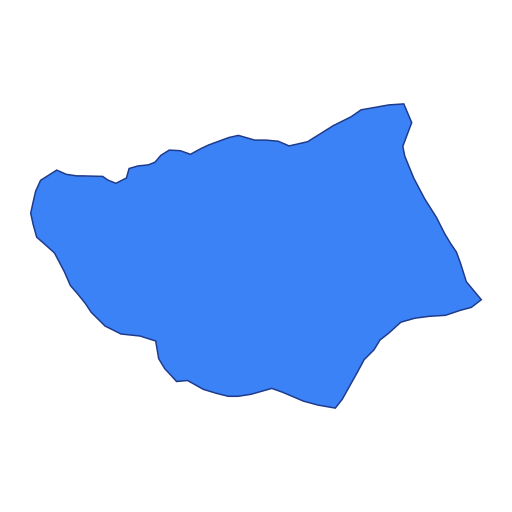 outline of Kornokipos, Cyprus, rotated 90°
{"feature_id": "46923920B14049283421613", "entity_name": "Kornokipos", "entity_type": "district", "adm_level": 2, "iso_a3": "CYP", "parent_name": "Cyprus", "parent_adm1": "", "projection": "mercator", "projection_center": [33.572, 35.273], "detail": "fine", "context": "isolated", "style": "filled", "palette": "blue", "viewbox_px": 512, "rotation_deg": 90, "n_neighbors": 0, "source": "geoboundaries", "source_scale": "gbopen_adm2", "svg_char_len": 1200}
<svg xmlns="http://www.w3.org/2000/svg" viewBox="0 0 512 512"><g transform="rotate(90 256 256)"><path d="M170.1,455.3L180.3,471.4L191.0,476.3L201.7,478.8L213.2,481.3L224.7,478.8L237.2,475.3L244.1,467.4L253.0,457.5L271.8,447.6L285.6,441.6L293.5,434.7L303.4,426.7L312.3,420.8L326.1,406.9L334.0,391.0L336.0,372.1L341.0,356.3L358.7,353.3L368.6,347.3L381.5,335.4L380.5,324.5L389.4,308.6L393.3,295.7L396.3,283.8L396.3,273.9L394.3,261.0L388.4,240.2L392.3,229.3L401.2,208.4L405.2,193.5L408.1,176.7L399.2,169.7L381.5,159.8L372.6,154.8L359.7,147.9L349.8,138.0L340.0,132.0L333.0,123.1L322.2,111.2L318.2,97.3L316.3,82.4L315.3,66.5L310.3,51.6L307.4,40.7L299.7,30.7L281.7,45.7L262.9,51.6L252.0,55.6L243.2,61.6L233.3,67.5L217.5,75.5L198.7,87.4L178.0,98.3L156.2,107.2L146.4,109.2L122.6,100.3L103.9,108.2L104.9,123.1L109.8,150.9L116.7,160.8L125.6,178.7L141.7,204.4L145.9,222.9L141.2,233.9L140.1,246.1L140.1,257.2L135.4,273.6L137.5,283.1L144.9,303.2L148.6,311.1L154.3,321.6L150.7,331.7L150.1,342.8L155.4,351.2L162.2,357.0L164.9,363.9L165.9,373.9L168.5,382.9L178.0,385.6L183.3,396.1L180.1,404.1L176.4,409.3L175.9,428.4L175.9,435.2L174.3,445.8L170.1,455.3Z" fill="#3b82f6" stroke="#1e3a8a" stroke-width="1.5"/></g></svg>